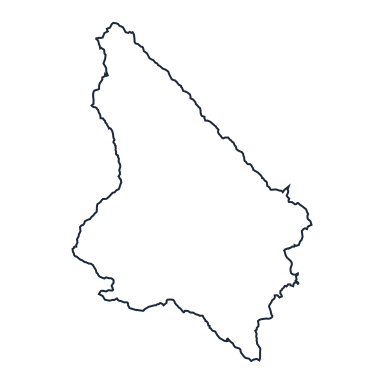 Van Yen, Yên Bái, Vietnam
{"feature_id": "81297802B29692958480362", "entity_name": "Van Yen", "entity_type": "district", "adm_level": 2, "iso_a3": "VNM", "parent_name": "Vietnam", "parent_adm1": "Yên Bái", "projection": "natural_earth1", "projection_center": [104.531, 21.931], "detail": "fine", "context": "isolated", "style": "outline", "palette": "slate", "viewbox_px": 384, "rotation_deg": 0, "n_neighbors": 0, "source": "geoboundaries", "source_scale": "gbopen_adm2", "svg_char_len": 5965}
<svg xmlns="http://www.w3.org/2000/svg" viewBox="0 0 384 384"><path d="M105.2,58.7L103.5,63.5L106.2,68.1L106.3,71.6L107.8,75.4L106.3,75.9L105.1,74.1L104.7,76.0L104.0,76.7L102.3,77.4L102.3,79.6L99.7,83.5L99.1,85.6L99.1,88.9L97.9,89.6L95.0,90.3L93.7,91.4L93.2,93.5L93.1,96.3L93.6,99.9L93.4,103.0L93.6,103.8L91.6,105.5L92.7,106.6L93.8,107.1L94.9,107.1L96.6,108.0L97.2,109.2L98.1,109.9L98.6,112.0L100.1,114.6L100.6,118.2L103.2,118.5L103.8,119.8L104.9,120.6L105.3,122.3L106.7,123.9L107.1,125.0L108.8,127.7L108.9,128.5L109.9,128.2L110.9,128.8L112.2,131.0L113.0,133.8L113.4,137.6L114.5,139.9L113.5,141.3L113.4,142.3L114.7,144.0L115.1,145.6L115.7,146.1L115.5,147.5L115.8,148.4L115.5,149.7L116.1,152.1L116.0,154.0L116.5,154.8L117.5,155.1L118.0,155.6L117.9,156.7L118.9,158.7L118.6,161.5L120.2,164.9L120.3,166.7L119.2,170.4L119.9,172.2L119.9,174.4L118.5,176.5L119.3,177.2L119.7,178.5L120.8,179.5L121.3,182.7L120.7,183.6L119.1,188.6L118.6,189.3L116.2,190.4L114.7,192.3L112.6,192.8L108.9,196.8L106.9,198.5L105.9,198.9L102.9,199.0L101.3,200.6L100.7,201.8L98.4,203.6L97.6,203.9L97.0,205.6L96.7,211.8L95.2,213.1L93.1,215.7L91.7,216.7L90.0,219.1L88.5,219.5L84.8,221.3L84.2,223.6L83.8,224.1L82.8,225.1L81.3,225.5L80.0,227.0L80.5,231.2L78.8,234.6L78.7,236.2L77.0,239.4L77.5,242.6L76.2,245.0L76.3,246.7L74.5,246.7L74.0,247.3L73.9,248.0L72.5,249.0L73.0,252.1L73.9,253.3L74.2,255.2L75.2,256.3L76.5,256.5L80.4,259.7L82.5,260.4L84.6,262.1L86.0,262.2L88.9,263.6L90.7,263.6L93.0,265.2L95.9,270.2L96.5,272.6L97.6,273.6L98.4,275.2L99.9,276.8L104.3,278.5L106.1,277.4L109.2,278.3L111.0,278.2L112.4,279.0L113.6,280.3L113.5,283.1L112.2,284.7L111.7,285.8L111.7,286.4L112.5,287.4L112.5,288.5L113.1,289.5L112.8,290.3L111.9,290.6L108.3,290.2L106.1,291.5L103.2,290.8L101.4,290.8L100.7,291.2L98.9,294.1L102.7,296.0L104.9,299.7L109.6,300.7L112.9,299.8L113.9,300.1L115.8,299.2L116.4,298.5L117.0,298.5L117.9,299.9L119.2,300.8L121.1,301.1L123.8,302.3L127.2,302.4L127.9,303.1L128.2,305.8L128.8,306.5L129.4,307.9L129.9,308.2L136.4,310.1L136.9,309.8L138.2,310.2L143.0,310.8L143.5,310.7L144.2,309.6L148.5,306.9L154.5,305.3L156.1,305.2L157.2,304.3L158.8,304.1L160.2,303.0L162.4,303.9L163.6,305.3L166.5,302.8L166.7,300.6L167.5,299.7L170.6,299.5L173.2,299.8L174.4,301.3L175.0,303.1L176.1,304.5L177.6,305.9L179.1,307.8L180.2,308.3L183.5,312.3L184.1,312.2L184.8,310.9L187.8,310.9L190.3,312.5L193.1,312.6L195.9,314.3L198.4,314.9L199.8,315.8L201.9,315.6L202.8,315.9L204.0,318.5L205.0,319.4L205.5,321.1L206.4,321.2L207.7,322.6L208.4,325.5L209.6,325.9L209.6,327.9L210.7,328.4L212.5,330.7L215.2,331.5L217.3,335.2L219.6,338.0L224.3,340.8L226.8,341.2L228.2,340.8L226.9,339.8L227.3,338.8L227.7,338.6L230.6,341.8L232.9,343.5L233.9,345.5L235.2,347.2L239.4,348.5L239.9,349.0L240.5,349.9L240.5,351.2L241.2,352.8L243.9,356.4L245.5,357.9L249.1,358.7L251.2,361.0L253.6,359.6L256.7,358.9L259.3,360.4L260.1,358.2L260.1,352.0L260.3,349.2L260.1,348.2L257.1,343.8L257.0,342.0L256.6,340.7L256.8,338.7L256.2,336.6L256.6,333.7L255.3,330.7L256.6,329.8L256.8,327.9L258.4,326.2L258.5,324.1L258.0,321.0L259.2,320.0L260.8,319.3L266.6,318.5L268.2,318.8L270.5,318.3L272.1,317.1L272.4,315.9L271.5,314.8L270.4,310.1L269.2,307.1L269.1,306.1L269.7,304.6L271.4,302.2L272.0,300.5L274.3,298.6L274.8,297.4L274.7,295.4L276.9,295.3L277.8,295.5L279.5,297.5L281.8,296.4L281.5,295.1L280.3,293.3L280.4,291.0L282.0,289.8L282.2,288.9L283.4,288.0L284.8,285.9L285.2,285.8L286.3,286.5L287.1,285.9L287.9,284.5L289.8,284.3L290.1,284.4L290.4,285.2L293.2,286.2L293.7,283.8L294.5,282.8L296.3,282.5L297.4,283.1L297.9,283.8L298.4,283.3L298.3,282.9L296.9,281.7L295.8,281.5L295.5,280.8L296.6,279.5L296.0,276.4L297.0,275.1L297.9,274.6L297.8,273.4L296.0,274.5L294.4,274.7L292.5,274.2L291.2,273.2L290.6,271.2L290.5,268.3L291.8,264.8L291.7,262.6L290.7,261.0L286.8,257.4L285.6,255.1L284.8,251.9L284.1,250.5L285.4,249.3L287.6,248.5L288.7,248.7L289.1,248.1L290.6,247.8L292.1,246.6L294.2,246.7L294.6,246.3L294.6,245.1L296.1,245.8L298.8,245.0L300.1,241.4L301.6,239.9L302.6,236.9L301.8,231.0L303.6,229.0L305.0,228.3L307.0,229.1L307.9,226.5L311.5,224.9L310.6,221.7L309.9,220.6L309.0,220.1L307.6,218.6L307.4,215.8L308.2,214.1L307.2,212.4L306.1,209.3L301.5,205.7L300.2,205.0L298.4,203.2L297.5,203.0L296.1,204.2L295.1,204.3L292.1,202.2L288.8,201.9L288.5,200.1L289.2,199.0L289.2,198.4L287.7,197.2L286.7,195.8L288.1,192.4L288.2,191.4L287.7,189.4L288.7,186.4L284.2,190.1L282.8,192.2L282.2,191.4L281.1,190.7L279.9,190.7L275.7,189.4L271.4,189.8L270.5,189.6L269.7,187.8L268.6,186.7L267.3,186.0L266.8,182.2L265.9,181.2L264.8,180.7L263.2,178.3L262.1,178.1L261.8,176.8L260.8,175.3L258.0,172.6L253.2,169.8L253.1,168.4L252.1,167.0L251.3,165.2L250.0,164.2L248.0,164.1L247.0,163.5L245.8,161.7L244.8,161.1L244.4,160.2L244.1,157.2L243.4,155.7L243.1,153.8L241.9,152.2L238.3,150.6L236.4,149.1L236.0,146.8L234.7,145.4L233.5,142.6L232.4,142.0L230.9,140.3L230.0,139.8L228.1,137.5L224.8,137.6L223.2,138.4L222.1,137.8L220.4,135.5L218.4,133.3L218.0,131.4L218.5,129.7L216.5,127.7L216.1,126.8L210.3,121.8L207.6,120.6L205.3,120.6L204.5,118.4L204.5,116.7L202.3,116.2L201.7,115.8L201.3,115.1L200.7,113.1L200.5,110.2L200.0,108.1L198.7,107.1L196.9,104.9L195.9,104.1L195.4,102.3L194.2,100.7L192.8,99.3L190.5,98.4L190.5,96.6L190.0,94.5L186.7,92.0L183.2,90.9L182.0,87.8L181.1,86.9L181.1,85.9L178.7,84.7L177.0,82.4L175.3,80.6L171.8,79.4L169.1,74.1L168.5,72.0L168.0,71.4L165.5,69.6L162.9,68.7L159.7,65.9L158.1,65.1L157.2,63.5L155.4,62.7L153.3,60.1L150.8,59.1L149.3,57.9L147.1,53.5L145.4,52.1L143.9,51.2L143.1,48.0L142.5,47.0L140.7,46.5L138.2,44.2L135.5,43.4L134.5,41.7L134.6,40.3L134.0,34.7L132.6,32.2L131.2,32.8L129.7,31.9L128.2,32.9L125.6,32.2L122.9,27.2L119.2,25.6L118.3,24.2L117.5,23.7L115.6,23.2L113.1,23.0L111.6,24.4L110.0,27.6L106.9,28.8L107.2,30.3L107.8,31.4L104.4,33.1L102.6,37.6L100.4,38.0L98.8,37.7L98.0,38.2L96.3,38.3L96.3,39.2L97.7,40.1L98.4,41.5L98.9,44.1L99.7,45.7L100.2,48.4L101.1,47.9L104.0,49.7L104.2,50.2L104.4,53.1L104.7,54.0L105.6,54.8L105.2,58.7Z" fill="none" stroke="#1e293b" stroke-width="2"/></svg>